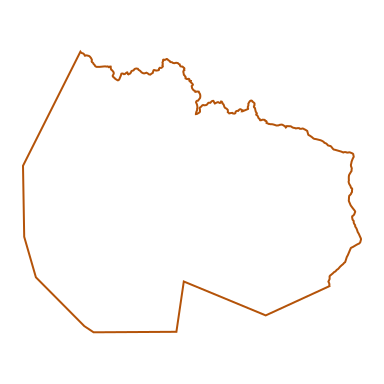 Abeibara, Kidal, Mali (orthographic projection)
{"feature_id": "8926073B20562192673680", "entity_name": "Abeibara", "entity_type": "district", "adm_level": 2, "iso_a3": "MLI", "parent_name": "Mali", "parent_adm1": "Kidal", "projection": "orthographic", "projection_center": [2.565, 19.628], "detail": "fine", "context": "isolated", "style": "outline", "palette": "amber", "viewbox_px": 384, "rotation_deg": 0, "n_neighbors": 0, "source": "geoboundaries", "source_scale": "gbopen_adm2", "svg_char_len": 5900}
<svg xmlns="http://www.w3.org/2000/svg" viewBox="0 0 384 384"><path d="M329.5,286.1L329.3,285.3L329.4,284.3L329.2,283.3L328.6,282.1L328.4,281.5L328.8,280.8L329.6,279.0L329.6,277.8L329.6,276.3L330.2,275.5L331.0,274.9L332.9,273.3L334.1,272.1L335.3,271.5L335.9,270.9L336.7,269.9L338.1,269.0L339.0,268.0L340.0,266.8L341.5,265.4L343.1,264.1L344.2,262.8L345.1,262.2L345.5,261.1L346.8,257.0L347.8,255.2L350.8,248.1L351.3,247.7L353.0,246.9L356.0,245.1L357.6,244.2L359.2,243.5L360.2,242.4L361.0,239.5L360.9,238.5L359.8,236.1L358.8,233.8L357.7,232.0L357.1,230.1L356.4,228.3L355.2,226.5L355.2,225.8L355.1,225.1L354.5,224.3L354.0,223.4L353.7,222.5L353.7,221.1L353.5,220.7L352.8,220.0L352.5,219.4L352.1,217.1L352.2,216.3L352.9,215.8L353.6,215.2L354.2,214.4L355.2,211.8L354.8,210.8L352.3,207.6L350.7,205.4L349.2,201.9L348.8,200.8L348.9,199.4L349.0,197.3L349.2,195.9L349.5,195.5L350.2,194.9L351.1,193.8L351.4,192.8L351.7,192.5L352.0,192.0L352.0,191.3L352.0,190.5L352.2,189.0L351.9,188.3L351.3,188.1L350.9,187.5L350.7,186.7L350.3,185.7L349.3,184.1L348.8,182.7L348.6,181.7L348.9,180.4L348.8,179.2L348.8,178.1L348.8,176.9L349.0,175.4L349.3,174.6L350.8,172.1L351.5,171.1L351.6,169.7L351.8,168.3L351.0,166.1L350.9,164.9L351.3,163.2L351.6,161.6L352.2,160.0L352.9,158.3L353.6,157.1L353.7,156.6L353.2,154.1L352.6,153.5L351.2,152.9L349.9,152.4L349.2,152.3L347.8,152.6L346.7,152.5L345.8,152.1L344.9,152.1L344.1,152.1L343.3,152.5L341.3,151.6L335.4,149.9L333.7,149.5L333.0,148.9L331.1,146.5L330.4,146.0L329.3,145.8L327.8,145.3L327.5,144.8L326.7,143.9L325.8,143.3L324.4,142.8L323.6,141.8L321.7,140.7L320.4,140.2L316.0,139.1L314.5,138.9L313.5,138.5L311.9,137.1L309.9,135.7L308.5,135.0L308.2,134.5L307.2,130.9L305.1,129.6L304.3,129.3L303.6,128.8L302.7,128.5L301.3,128.8L300.7,128.8L299.7,128.7L299.2,128.2L298.3,128.1L297.7,128.1L296.6,128.3L295.7,128.4L294.9,128.0L293.5,127.8L292.4,127.4L291.3,126.6L290.7,126.3L287.2,126.1L286.4,126.2L286.2,126.7L286.2,127.2L285.8,127.5L285.5,127.1L285.4,126.6L284.6,126.1L282.7,124.9L281.8,124.6L279.9,124.8L278.4,125.4L276.4,125.5L274.4,124.8L272.6,124.3L271.5,124.2L270.3,124.2L269.2,123.9L268.9,124.0L267.9,123.5L267.2,123.3L266.5,122.9L266.7,122.4L266.6,121.6L266.3,121.1L265.6,121.0L265.0,120.6L264.9,120.1L264.3,119.8L262.5,119.7L260.9,120.3L260.1,120.2L259.8,119.5L259.7,119.0L258.7,118.3L258.3,117.6L258.1,116.9L257.3,115.4L256.7,115.1L256.2,114.7L256.4,113.9L256.8,113.4L256.5,112.7L255.8,111.8L255.2,109.4L255.1,108.6L254.9,108.0L254.1,107.4L253.9,106.7L253.9,106.2L254.4,105.6L254.4,104.9L254.4,104.5L254.6,104.0L254.4,103.2L253.8,102.6L252.3,101.5L252.2,101.0L251.6,100.6L250.9,100.6L250.2,100.9L249.5,101.7L249.0,102.5L248.3,103.8L248.4,104.3L248.4,105.4L247.8,106.9L247.8,107.6L248.1,108.4L248.0,109.0L242.5,111.3L242.1,111.3L242.6,110.3L241.9,110.1L241.1,109.5L240.2,109.2L239.5,109.5L238.8,110.1L238.2,110.9L237.5,110.8L236.4,111.1L235.7,111.7L235.3,113.2L234.5,113.6L233.0,113.5L232.4,112.9L231.1,113.0L229.2,113.4L228.8,112.9L227.8,112.2L227.9,111.5L227.8,110.4L227.7,109.8L226.6,108.7L225.0,107.8L224.6,107.3L224.1,106.1L223.6,104.5L222.6,103.6L222.4,102.7L221.8,101.7L221.1,101.5L220.5,102.8L219.8,103.0L218.0,102.1L217.1,102.4L215.9,102.9L214.9,103.5L214.5,103.0L213.4,100.9L212.8,100.9L212.2,101.0L211.4,101.6L210.7,102.4L210.3,102.8L209.2,102.7L208.4,102.8L207.4,104.0L206.8,104.7L206.0,105.1L204.2,105.3L203.1,105.0L202.1,105.5L201.2,106.6L199.9,107.6L199.6,108.3L199.9,109.4L200.0,111.6L199.6,112.3L198.6,113.0L196.8,114.0L195.9,114.1L195.9,113.7L196.1,112.9L196.3,112.0L197.1,110.1L197.1,108.7L197.4,107.6L197.3,106.2L197.0,104.6L196.4,103.2L196.0,102.2L196.4,101.3L197.0,100.8L198.0,100.7L198.5,100.0L199.3,99.0L200.1,97.9L200.3,96.6L200.3,95.5L200.1,94.4L199.7,93.5L198.9,92.4L198.8,91.7L198.0,91.5L196.8,91.5L195.8,91.9L195.3,91.9L195.0,91.2L194.7,90.7L193.9,90.5L193.0,89.6L192.1,88.2L191.9,87.1L191.7,86.1L192.2,85.5L192.6,85.2L192.9,84.7L192.5,83.9L192.0,83.3L191.2,82.7L190.7,82.2L190.8,81.7L190.9,81.0L190.3,81.0L189.6,81.1L189.3,80.7L189.5,79.5L189.0,78.9L188.2,78.8L187.7,79.1L186.7,79.0L186.3,78.6L185.6,78.5L185.4,78.0L185.6,77.3L185.5,76.7L184.9,76.1L184.5,75.3L183.9,74.9L183.7,73.9L183.6,73.1L183.3,71.9L183.4,71.1L183.9,70.6L184.4,70.1L184.0,69.3L184.4,68.6L184.2,68.0L183.2,67.3L182.8,66.8L182.2,66.5L181.2,66.5L180.5,66.3L180.0,65.5L179.7,64.4L179.3,64.3L178.6,63.9L177.9,63.1L176.4,62.8L175.4,62.9L174.5,63.2L173.1,63.0L171.9,62.2L170.6,62.1L170.0,61.7L169.9,61.2L169.3,60.8L168.5,60.3L167.2,59.1L166.5,59.0L165.6,59.6L164.8,59.9L163.8,59.6L163.3,59.7L163.0,60.1L163.2,60.9L162.9,61.6L162.5,62.3L162.5,62.8L162.8,63.9L162.7,64.5L162.4,65.3L162.9,66.1L162.7,66.7L161.5,67.8L160.7,67.9L159.7,67.8L159.0,68.7L159.0,69.8L158.2,70.3L156.2,70.6L154.9,70.2L154.0,70.0L153.5,70.4L152.7,73.0L151.7,73.5L150.3,74.6L149.0,74.4L147.6,73.3L146.4,72.7L145.4,73.1L144.2,73.4L143.1,73.2L141.6,72.4L140.1,70.8L138.5,69.8L137.9,68.8L136.3,68.5L135.0,68.8L134.4,69.2L133.6,70.3L132.9,70.6L132.1,70.8L131.4,71.2L131.0,72.3L130.2,73.5L129.3,73.8L128.8,74.2L128.5,74.4L127.9,74.1L127.5,73.0L127.3,72.4L127.0,72.4L125.5,73.4L124.9,74.0L123.9,74.2L122.8,73.5L122.0,73.5L121.4,73.7L120.8,75.7L119.7,78.3L119.3,79.3L118.5,80.2L117.6,80.3L116.4,79.5L115.6,79.1L114.5,78.1L114.4,77.7L113.6,77.3L112.8,76.4L112.7,75.7L113.6,74.0L113.8,73.1L113.6,72.5L113.4,71.9L112.6,70.9L112.0,70.2L111.4,69.8L110.9,69.0L110.7,67.2L110.7,66.6L110.0,66.5L109.5,66.9L108.8,67.2L108.2,66.8L107.8,66.4L106.2,66.6L105.6,66.4L104.6,66.4L103.4,66.5L101.5,66.7L99.3,66.9L96.6,66.9L95.4,66.3L94.9,65.6L94.5,64.8L93.7,64.2L93.3,63.3L92.7,62.6L91.9,62.0L91.6,61.1L91.8,60.6L91.9,59.9L91.5,59.0L90.9,57.9L90.0,56.8L89.5,56.3L88.8,55.9L86.7,55.4L85.9,55.4L85.4,55.7L84.8,55.7L84.6,55.1L84.3,54.6L83.7,53.9L83.2,53.5L81.7,53.0L81.0,52.5L80.4,51.7L23.0,165.8L24.2,236.8L35.9,277.3L84.4,326.2L93.6,332.3L176.4,331.8L183.8,281.5L265.7,315.4L329.5,286.1Z" fill="none" stroke="#b45309" stroke-width="2"/></svg>